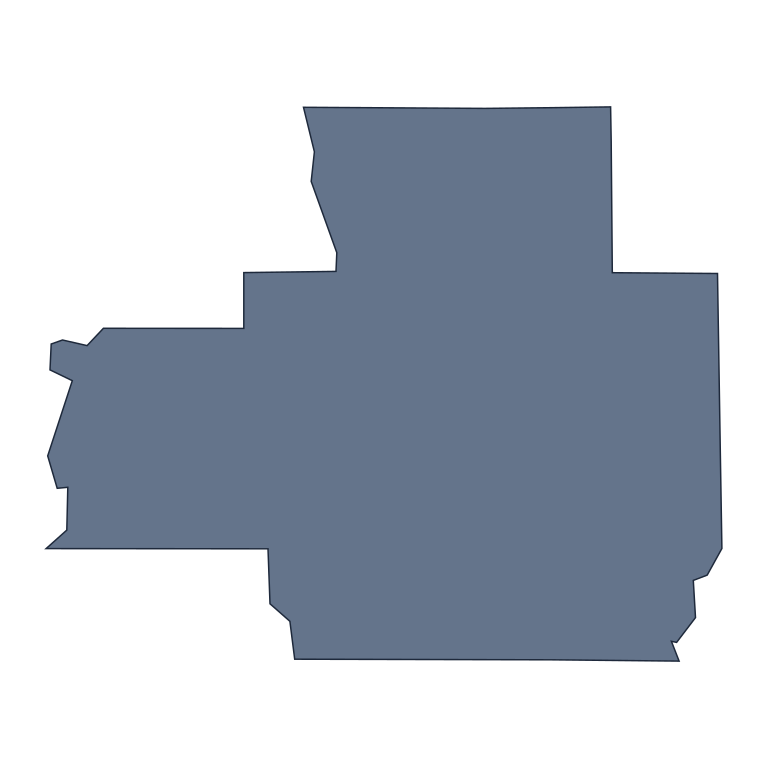 Bienville, Louisiana, United States of America
{"feature_id": "52423323B2528057898342", "entity_name": "Bienville", "entity_type": "district", "adm_level": 2, "iso_a3": "USA", "parent_name": "United States of America", "parent_adm1": "Louisiana", "projection": "natural_earth1", "projection_center": [-93.107, 32.366], "detail": "fine", "context": "isolated", "style": "filled", "palette": "slate", "viewbox_px": 768, "rotation_deg": 0, "n_neighbors": 0, "source": "geoboundaries", "source_scale": "gbopen_adm2", "svg_char_len": 578}
<svg xmlns="http://www.w3.org/2000/svg" viewBox="0 0 768 768"><path d="M717.5,273.5L612.3,272.7L611.2,141.8L610.6,106.9L551.0,107.7L484.9,108.4L303.5,107.3L314.4,151.8L311.2,181.4L336.8,252.7L336.0,271.4L243.8,272.6L243.8,328.4L103.4,328.3L87.1,345.6L62.5,340.0L51.2,344.0L50.0,369.9L72.3,380.7L47.7,455.9L57.2,488.3L67.8,487.3L66.8,530.1L46.1,548.6L268.0,548.8L270.0,603.8L289.9,621.3L294.7,659.2L550.8,659.8L679.1,661.1L671.4,641.3L676.6,642.4L695.5,617.6L693.3,580.4L707.2,575.1L721.9,548.5L720.2,444.9L717.5,273.5Z" fill="#64748b" stroke="#1e293b" stroke-width="1.5"/></svg>